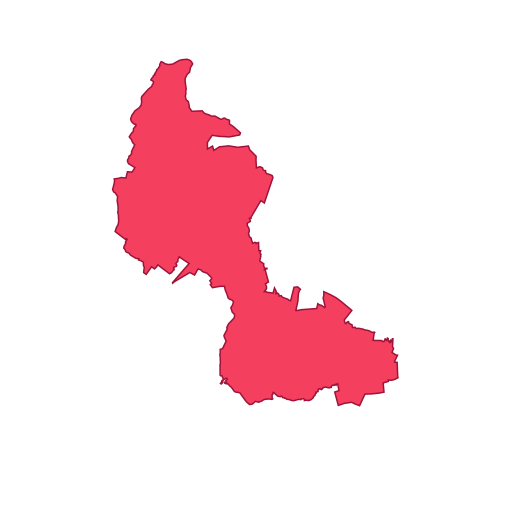 Marca, Salaj, Romania, rotated 123°
{"feature_id": "2599482B92628327794320", "entity_name": "Marca", "entity_type": "district", "adm_level": 2, "iso_a3": "ROU", "parent_name": "Romania", "parent_adm1": "Salaj", "projection": "natural_earth1", "projection_center": [22.563, 47.243], "detail": "fine", "context": "isolated", "style": "filled", "palette": "rose", "viewbox_px": 512, "rotation_deg": 123, "n_neighbors": 0, "source": "geoboundaries", "source_scale": "gbopen_adm2", "svg_char_len": 6134}
<svg xmlns="http://www.w3.org/2000/svg" viewBox="0 0 512 512"><g transform="rotate(123 256 256)"><path d="M312.2,387.5L313.2,374.5L312.1,374.4L312.2,373.2L315.5,373.0L316.4,372.2L319.8,371.9L321.4,371.2L322.0,369.1L323.0,368.0L323.3,367.0L322.8,363.9L323.6,361.9L323.4,355.4L322.1,352.8L323.3,352.4L322.6,349.6L322.6,347.1L325.0,345.5L326.7,343.2L327.8,342.9L331.1,341.2L331.2,338.1L321.9,337.7L322.1,334.1L319.4,333.5L316.9,333.5L318.0,318.8L315.8,317.7L314.1,317.7L312.3,317.2L311.6,317.3L311.0,318.7L310.2,318.8L308.2,317.2L307.6,317.1L306.7,317.6L306.1,319.0L304.6,319.1L303.3,318.5L301.3,319.7L299.7,319.6L298.5,320.0L298.7,314.5L298.7,308.0L323.8,311.5L324.2,311.1L321.7,310.3L305.9,302.5L305.4,297.1L298.4,297.6L297.7,294.7L298.1,293.1L298.1,291.7L297.1,287.7L298.3,282.0L299.3,280.7L301.9,281.3L303.0,278.4L304.9,278.8L306.3,275.3L300.9,269.5L298.6,265.9L301.1,263.5L304.1,259.2L306.4,256.5L306.6,254.6L306.0,252.3L306.6,250.0L309.6,249.0L313.1,248.9L316.0,245.4L316.7,242.2L318.5,241.0L320.5,240.7L327.4,242.0L328.9,242.0L331.9,241.5L333.2,240.3L340.1,239.6L341.3,238.4L343.6,234.7L351.9,233.6L353.8,235.2L356.3,233.5L358.9,232.3L359.9,231.2L365.9,227.1L366.4,227.2L375.5,221.2L375.7,220.4L375.0,219.5L377.1,216.1L379.5,216.7L380.8,216.1L382.2,216.4L382.3,215.5L380.7,215.1L379.7,215.1L379.3,216.0L377.8,215.8L374.9,214.6L374.5,213.5L374.9,213.0L377.3,213.4L379.4,213.3L379.7,213.0L379.4,211.3L378.9,210.9L378.3,211.2L378.8,210.0L378.6,209.3L379.3,207.2L379.5,205.1L381.4,200.3L381.2,199.0L380.0,196.3L379.6,194.7L380.9,191.7L383.5,184.7L384.1,180.5L382.0,178.3L378.2,177.3L377.3,174.3L374.4,172.1L372.4,171.3L371.2,170.3L368.8,167.2L367.7,164.8L367.0,164.2L366.7,164.1L366.4,165.0L363.7,166.9L362.6,166.6L361.1,167.3L361.0,166.0L361.7,161.8L361.5,160.7L360.6,158.8L359.8,158.7L359.8,157.2L360.2,156.5L359.6,155.2L359.7,154.7L359.4,154.6L359.3,152.0L358.2,149.7L357.8,147.4L356.6,145.3L353.8,142.9L352.5,141.5L352.1,140.2L351.0,139.9L349.9,138.6L349.9,137.2L350.9,136.7L349.1,134.6L348.7,133.2L346.6,131.6L343.6,130.8L342.6,131.3L340.9,130.6L339.9,131.1L338.4,130.8L337.7,131.6L335.9,130.1L334.9,130.9L334.0,130.7L333.5,131.2L332.9,130.8L332.7,129.8L332.1,129.3L332.6,128.6L332.5,128.4L330.9,127.9L329.9,128.1L328.1,126.4L327.1,123.5L326.2,122.2L325.5,122.0L325.1,121.3L324.1,121.8L322.9,121.5L322.3,121.1L322.0,120.2L321.4,119.6L320.8,119.8L320.4,119.5L320.6,118.5L319.5,118.7L318.7,117.9L323.7,113.1L327.2,115.9L336.5,105.6L331.4,101.6L326.6,96.1L326.2,92.5L325.1,87.6L312.5,89.4L308.8,84.1L304.2,78.4L300.5,74.5L293.2,80.2L289.1,76.7L288.0,77.6L286.6,74.9L285.5,73.8L283.6,72.2L280.7,70.6L279.8,71.6L268.3,79.7L269.6,81.9L268.6,82.4L262.1,83.3L262.8,84.7L262.8,89.4L258.6,90.3L257.8,92.0L250.8,96.1L251.1,96.5L252.2,96.4L254.2,95.8L255.7,96.4L255.5,97.1L253.9,96.7L253.5,97.0L253.4,97.3L254.4,97.3L255.0,97.6L255.4,98.4L254.7,98.9L254.5,99.4L253.2,100.2L253.3,101.0L254.6,100.3L255.7,100.8L254.9,102.1L255.4,102.6L256.1,102.3L258.1,102.2L258.9,103.5L258.4,104.5L263.0,111.8L256.3,114.9L255.4,114.8L255.3,115.2L256.6,116.7L256.9,117.6L257.0,119.7L257.5,121.7L258.9,125.0L259.0,126.6L259.7,127.7L259.9,128.7L261.1,131.2L261.9,131.8L262.2,132.5L261.8,134.3L263.1,135.4L263.4,136.1L261.4,138.0L261.6,138.9L261.7,141.9L260.8,142.4L260.7,142.8L261.8,143.6L263.7,143.7L263.9,144.2L263.2,145.5L261.6,147.1L249.4,146.0L247.7,160.8L247.4,166.1L247.9,172.5L249.0,179.7L252.6,177.4L254.6,176.9L260.9,170.3L261.8,170.3L261.8,174.8L262.4,175.8L262.3,178.2L267.0,176.5L276.2,188.6L280.0,192.6L280.0,192.9L271.2,196.2L264.1,200.1L261.3,200.7L259.7,200.6L259.2,204.2L261.5,207.1L274.7,202.6L275.1,204.2L274.9,205.8L276.1,210.7L276.1,211.9L275.5,213.2L277.0,214.8L275.6,216.1L275.4,217.9L276.7,218.7L274.7,219.7L272.7,223.1L277.9,221.5L280.6,227.6L280.4,228.0L280.6,228.6L281.4,229.6L280.5,229.7L278.7,229.3L277.1,229.6L275.8,230.7L274.2,233.0L271.0,231.4L262.3,241.1L260.7,239.8L260.3,240.2L261.4,241.5L262.4,241.7L261.3,242.3L260.1,244.3L258.3,245.2L258.2,249.6L257.8,250.3L253.4,251.9L252.9,252.5L251.8,252.8L251.8,253.7L251.0,254.4L249.0,255.0L250.0,256.5L243.3,261.2L245.4,262.8L244.8,263.5L245.3,264.5L247.2,265.7L244.7,268.9L243.7,269.7L243.3,272.3L240.8,274.8L239.4,274.9L237.3,276.3L236.3,277.6L235.2,279.9L233.2,281.2L230.1,279.6L229.6,279.8L228.0,282.0L227.1,280.7L226.2,281.3L206.9,282.1L207.0,277.9L181.0,284.5L179.7,286.3L180.5,290.2L181.2,291.9L180.6,293.4L179.2,294.5L179.8,295.5L179.9,297.1L178.6,298.3L178.6,299.4L178.9,301.1L179.3,301.7L181.9,303.6L175.8,308.1L172.3,310.2L170.3,319.2L167.9,322.3L174.7,330.4L178.5,338.9L184.3,346.1L190.4,348.9L187.5,352.3L192.7,355.0L187.2,358.6L178.7,358.5L175.7,352.1L170.7,343.3L163.4,335.6L161.2,336.1L159.8,345.4L159.7,350.3L156.8,352.0L156.6,352.8L157.5,355.4L157.3,356.8L157.5,357.5L158.2,358.4L160.2,359.3L160.5,360.0L161.0,366.6L163.0,369.7L163.1,371.8L164.3,376.1L164.3,377.9L163.5,380.1L169.5,388.5L169.3,389.5L168.3,391.4L168.0,392.7L166.4,393.8L163.4,396.8L163.2,397.3L163.2,399.1L162.9,399.8L160.5,402.3L157.9,403.3L155.9,404.8L154.1,405.4L147.6,411.0L145.3,412.2L140.9,412.6L138.1,411.8L133.6,413.6L129.4,413.7L128.4,415.5L128.0,416.7L127.9,418.3L128.5,420.9L131.7,425.0L133.8,426.9L140.6,430.5L143.3,434.0L144.4,437.4L144.2,439.3L144.7,441.4L147.9,441.1L148.7,440.3L152.5,440.2L153.8,440.7L155.2,440.2L158.4,440.2L158.5,439.8L159.2,439.4L160.4,440.3L161.3,440.0L165.3,440.2L165.6,440.1L165.5,437.1L167.2,436.1L168.7,436.3L170.5,435.8L174.6,437.1L183.8,438.6L185.3,438.5L187.7,437.0L188.5,436.1L192.0,434.5L195.2,434.7L200.3,436.6L205.7,436.7L209.3,435.8L210.6,434.4L211.5,432.3L211.7,429.4L211.2,429.0L211.4,427.9L213.0,427.6L213.5,427.9L215.9,428.1L218.5,426.7L220.0,427.2L224.9,427.3L225.4,426.7L225.9,424.4L228.1,421.2L228.8,418.3L236.0,417.3L237.8,416.2L239.9,416.1L241.4,416.9L243.0,416.1L245.2,416.1L246.8,415.2L248.0,413.1L247.8,405.7L253.1,405.6L255.3,409.7L261.5,407.6L263.6,411.8L265.3,413.2L268.6,416.9L269.9,415.6L272.3,414.5L278.3,412.5L279.5,410.8L279.9,409.6L279.6,408.8L281.4,404.5L285.2,402.6L289.4,398.8L292.5,396.7L294.9,395.6L296.1,394.1L301.7,390.1L304.6,388.8L307.9,388.6L312.2,387.5Z" fill="#f43f5e" stroke="#9f1239" stroke-width="1.5"/></g></svg>